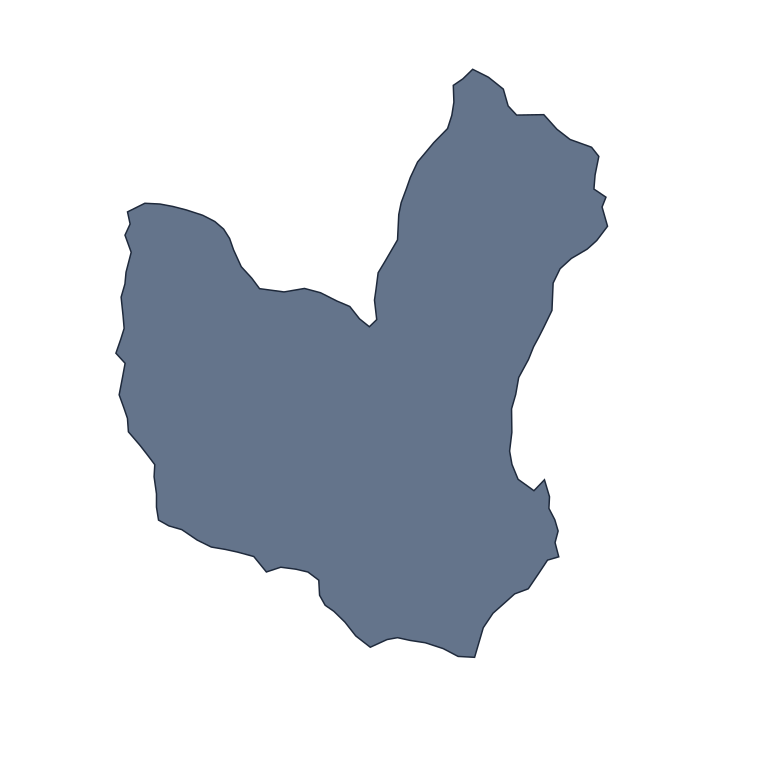 outline of Paranapuã, São Paulo, Brazil, rotated 347°
{"feature_id": "56859067B54514315232654", "entity_name": "Paranapuã", "entity_type": "district", "adm_level": 2, "iso_a3": "BRA", "parent_name": "Brazil", "parent_adm1": "São Paulo", "projection": "orthographic", "projection_center": [-50.592, -20.064], "detail": "fine", "context": "isolated", "style": "filled", "palette": "slate", "viewbox_px": 768, "rotation_deg": 347, "n_neighbors": 0, "source": "geoboundaries", "source_scale": "gbopen_adm2", "svg_char_len": 1766}
<svg xmlns="http://www.w3.org/2000/svg" viewBox="0 0 768 768"><g transform="rotate(347 384 384)"><path d="M637.3,280.6L636.3,260.6L642.3,251.9L632.4,241.3L636.7,227.8L644.5,210.6L639.5,200.0L620.3,187.6L609.8,174.7L600.3,157.5L573.7,151.8L567.5,141.0L566.6,123.5L554.8,108.6L541.2,97.3L529.5,104.4L518.7,108.6L515.5,125.1L510.5,137.5L503.4,149.4L486.8,160.0L466.7,175.2L456.1,188.7L449.7,198.8L441.5,211.2L436.5,222.2L429.6,246.6L412.6,264.7L403.3,274.3L397.5,290.0L393.6,300.1L391.4,319.6L382.6,324.9L374.8,315.0L368.1,300.8L356.7,292.5L342.7,280.8L328.0,273.0L307.3,271.8L284.2,263.1L279.0,251.2L271.3,237.6L267.6,219.5L266.3,207.5L262.6,197.0L255.7,187.6L245.3,178.8L230.5,169.9L218.2,163.5L206.1,158.2L191.6,154.1L172.8,158.6L172.6,171.0L165.1,180.7L167.3,198.8L157.8,217.0L154.1,228.2L147.4,240.2L145.1,258.8L143.3,271.4L137.5,281.3L129.7,293.7L136.4,305.6L130.8,318.5L123.5,335.0L125.2,349.0L126.3,359.8L124.2,373.1L132.6,389.2L138.0,400.9L142.5,411.0L139.1,422.7L137.6,439.9L134.6,452.8L133.7,465.9L142.5,473.9L154.2,480.4L166.9,494.1L179.0,504.0L192.2,509.5L203.4,514.8L218.3,522.8L227.1,540.7L242.2,539.3L256.4,544.6L267.6,550.1L276.3,560.5L273.7,575.4L276.9,586.4L284.0,594.2L292.4,607.3L299.8,623.1L311.4,637.4L329.5,633.7L340.1,634.2L351.7,639.7L366.0,645.4L382.1,655.1L394.9,666.1L410.8,670.7L425.9,643.8L438.6,631.9L451.8,624.7L464.1,617.9L478.5,616.0L492.3,603.2L503.7,592.4L515.4,591.7L515.0,577.0L520.6,566.4L519.9,554.7L516.7,542.3L519.9,531.1L518.8,513.4L506.1,521.7L493.2,507.0L490.6,491.1L491.3,477.6L497.7,459.9L502.7,436.9L510.0,423.8L516.7,408.0L530.3,392.6L538.1,381.4L545.4,373.1L552.1,365.1L564.2,350.1L571.5,323.7L581.5,311.3L594.8,303.8L612.3,298.3L623.5,292.1L637.3,280.6Z" fill="#64748b" stroke="#1e293b" stroke-width="1.5"/></g></svg>